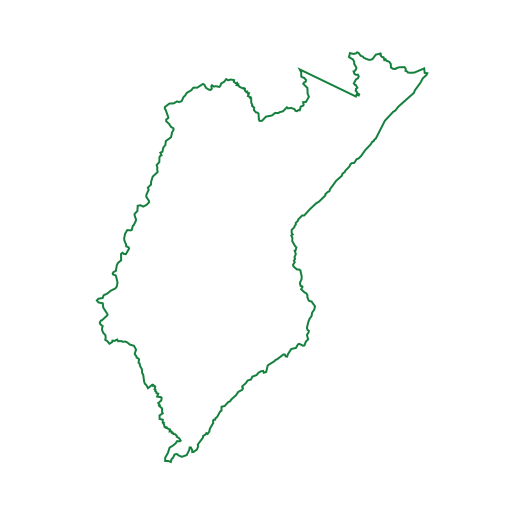 the district of San Roque, Antioquia, Colombia, rotated 275°
{"feature_id": "7082276B69506367450690", "entity_name": "San Roque", "entity_type": "district", "adm_level": 2, "iso_a3": "COL", "parent_name": "Colombia", "parent_adm1": "Antioquia", "projection": "albers", "projection_center": [-74.951, 6.431], "detail": "fine", "context": "isolated", "style": "outline", "palette": "green", "viewbox_px": 512, "rotation_deg": 275, "n_neighbors": 0, "source": "geoboundaries", "source_scale": "gbopen_adm2", "svg_char_len": 6080}
<svg xmlns="http://www.w3.org/2000/svg" viewBox="0 0 512 512"><g transform="rotate(275 256 256)"><path d="M402.0,372.6L411.7,380.2L413.0,382.1L417.2,384.8L432.4,399.2L434.7,399.7L442.7,404.6L447.6,406.7L451.1,410.0L453.0,410.7L453.1,408.1L457.5,407.2L452.5,397.7L452.0,394.1L452.0,391.3L453.1,390.3L453.5,388.8L455.5,388.9L457.1,387.5L456.5,382.3L455.3,379.3L454.5,378.8L454.4,376.1L455.6,374.0L459.1,373.5L461.1,371.8L461.8,369.0L463.3,367.9L462.4,366.8L465.1,365.7L465.3,364.0L466.9,362.5L468.1,362.8L468.6,362.4L467.0,357.8L462.3,354.9L461.4,352.8L461.3,351.1L462.7,346.3L463.9,345.1L464.6,342.9L467.3,340.4L467.7,339.0L466.5,337.8L465.8,335.6L466.3,331.9L462.2,331.3L460.2,335.6L457.8,337.0L456.1,337.0L452.3,339.6L450.7,339.4L448.4,337.8L448.3,337.2L446.0,338.2L445.2,339.9L445.5,341.7L443.9,342.7L442.0,342.1L440.6,340.2L436.4,338.4L435.1,339.7L435.1,340.5L432.4,342.3L431.3,341.1L429.2,340.9L428.5,342.0L427.3,342.5L426.0,344.7L424.9,344.3L425.4,342.1L423.6,341.6L445.7,283.3L443.0,285.0L438.9,285.4L438.1,286.4L437.7,288.4L435.7,290.5L434.0,290.3L432.8,288.5L431.6,288.1L427.9,292.6L422.5,293.2L419.2,294.8L413.9,292.4L413.3,289.5L410.7,290.3L409.8,289.7L408.7,287.5L405.0,286.9L405.1,285.6L403.8,284.2L404.1,282.6L405.6,281.6L406.6,278.2L405.9,275.0L406.8,273.8L402.5,270.3L401.3,266.9L400.3,265.9L400.2,262.6L397.3,259.5L395.7,253.8L391.2,250.2L390.9,247.8L392.1,247.0L398.0,246.1L398.9,245.1L399.1,243.4L401.2,241.2L403.6,241.3L405.3,238.9L406.2,239.2L408.3,237.9L412.8,237.4L413.0,236.4L413.7,236.7L414.6,234.0L417.4,234.8L417.2,233.9L418.1,233.7L418.2,232.6L419.1,232.6L418.9,231.5L419.7,230.6L421.6,230.4L421.6,229.4L422.2,229.3L421.9,228.1L423.2,224.6L424.3,223.9L424.5,222.1L425.6,223.0L425.8,222.1L426.8,222.0L426.3,220.8L427.7,218.7L429.3,218.8L429.6,215.5L428.6,213.0L429.6,210.9L426.9,209.2L424.7,206.2L422.6,205.8L421.2,204.7L421.7,201.2L421.1,199.3L422.3,197.3L421.3,196.7L418.8,197.4L417.4,196.2L417.7,194.3L419.2,191.5L422.3,189.5L422.7,188.0L418.6,182.8L418.2,178.9L415.4,177.0L412.5,172.8L409.6,171.4L408.3,170.1L403.8,168.4L402.6,166.1L403.1,163.8L400.9,160.8L400.3,156.4L396.5,152.3L395.1,152.2L393.4,153.4L386.4,156.6L385.7,156.5L384.2,154.7L382.4,154.8L380.2,157.7L377.2,160.1L376.0,162.6L374.6,162.9L371.8,161.6L366.9,161.0L362.6,156.1L358.9,156.1L355.9,154.2L351.7,153.7L350.6,151.7L348.1,153.1L347.3,151.8L345.9,151.2L341.2,151.5L337.9,149.1L335.4,150.1L333.6,150.0L331.1,150.7L326.1,146.2L320.7,145.0L318.1,145.2L314.6,142.3L312.6,143.3L307.6,141.5L305.4,141.5L301.7,144.5L300.3,144.9L297.3,142.4L295.4,139.3L296.5,136.5L295.7,133.8L290.4,133.9L287.5,131.4L285.9,131.5L281.9,133.3L280.1,133.1L275.9,131.4L275.4,130.7L271.3,130.0L270.6,129.0L270.6,125.5L266.6,123.6L261.7,123.1L259.4,123.8L255.9,125.7L254.4,125.8L253.5,128.4L252.3,128.9L246.5,126.2L246.5,124.2L247.6,122.7L246.3,121.4L239.9,122.0L237.0,119.0L234.4,118.1L229.0,117.7L227.6,115.5L226.2,114.7L225.1,115.2L224.5,117.8L223.5,118.4L217.4,120.4L213.3,119.9L211.4,118.7L208.9,114.5L205.3,110.7L203.7,107.7L200.8,106.9L199.7,102.8L197.9,101.3L196.0,103.1L195.5,107.5L191.3,108.3L185.0,113.2L184.0,113.1L178.6,108.2L178.1,107.0L175.9,106.2L174.5,106.8L172.8,109.4L170.7,108.9L168.7,109.2L166.3,110.4L164.0,112.9L161.3,113.4L159.4,113.1L158.2,115.3L155.8,117.6L157.7,120.2L159.2,120.4L159.1,122.6L160.7,124.9L159.1,126.1L159.5,129.4L158.9,130.7L159.4,133.2L158.6,135.5L156.8,137.9L155.9,142.3L152.1,144.7L148.2,143.7L146.8,144.4L145.8,145.6L144.4,145.9L143.6,147.9L142.7,148.5L139.5,148.3L138.8,149.4L136.3,150.1L133.2,152.2L129.5,152.8L127.9,154.0L121.1,155.5L119.0,156.5L118.1,157.8L114.9,159.9L118.8,164.0L118.6,164.8L117.7,164.9L117.9,165.7L117.1,167.0L114.2,166.6L113.8,167.6L112.4,167.5L111.8,168.7L110.7,168.9L110.3,170.6L107.3,169.8L107.1,173.7L106.2,174.4L103.8,174.2L100.9,171.4L99.0,173.2L98.3,172.5L96.0,175.7L92.2,176.1L91.1,176.8L88.8,173.8L85.2,174.2L84.8,177.4L82.0,177.6L81.8,178.7L81.0,178.3L79.8,179.3L78.5,179.5L77.7,180.3L77.5,182.1L77.1,182.3L76.9,181.7L75.7,185.4L74.5,185.2L74.2,185.8L73.8,185.6L74.0,186.9L73.2,187.1L73.1,187.8L72.4,187.7L72.2,189.0L71.4,189.3L71.5,190.6L70.2,192.6L69.0,192.8L67.9,195.2L65.5,197.0L64.8,196.3L64.6,193.4L62.8,192.6L60.1,190.0L57.5,186.6L52.1,185.4L47.0,183.1L43.9,183.4L44.1,186.7L43.4,189.1L46.4,189.6L47.5,190.8L50.8,192.0L51.6,193.1L51.8,194.5L50.6,196.2L49.5,199.6L51.6,204.3L56.9,206.4L59.5,206.6L59.6,207.8L57.1,209.3L55.1,209.6L55.3,210.7L58.0,214.0L61.3,215.0L63.1,214.4L70.3,218.9L72.1,219.0L73.8,221.2L75.2,222.0L74.5,223.2L77.0,224.8L80.0,225.1L86.0,228.0L87.8,227.6L89.1,228.0L89.4,229.6L90.9,229.8L92.2,231.3L98.1,233.9L98.9,235.1L102.8,234.8L103.9,237.9L108.1,241.1L109.1,243.0L110.9,243.8L115.5,248.2L119.0,250.1L121.5,253.9L123.1,254.6L124.3,253.6L125.1,253.8L128.4,256.9L131.3,258.6L132.5,261.7L135.5,262.9L137.4,266.9L140.0,268.7L141.6,271.0L142.1,273.2L140.4,274.0L141.3,276.2L147.8,277.2L148.6,277.9L152.8,283.5L154.4,284.7L154.8,285.9L160.3,291.9L160.4,293.2L158.6,294.3L158.5,295.8L160.9,296.3L166.5,299.3L167.8,303.7L171.6,305.5L172.3,306.8L170.7,310.6L171.1,312.0L175.0,313.1L177.6,315.2L181.8,313.6L184.4,315.0L186.0,315.2L187.0,313.7L188.9,313.0L195.1,313.9L198.3,314.9L200.8,316.5L204.6,316.9L207.6,318.7L210.9,319.2L215.5,315.3L215.8,313.1L216.4,312.3L219.3,310.8L221.2,310.7L223.2,309.4L224.1,307.3L226.8,303.9L229.3,305.0L229.9,304.5L230.1,303.0L232.9,302.1L237.0,303.4L239.7,303.3L245.6,301.4L246.2,300.6L246.2,297.9L249.0,294.1L250.5,293.7L253.3,295.1L254.7,294.2L256.5,295.2L258.1,294.4L261.4,295.5L264.6,294.1L264.9,294.9L268.1,295.5L269.4,294.0L274.0,290.8L277.0,290.7L279.6,289.4L280.7,290.7L282.2,289.5L285.2,289.3L288.0,291.7L289.4,291.9L290.8,292.9L292.4,292.7L294.5,294.5L296.3,295.0L300.4,298.5L300.6,300.5L307.2,305.5L313.9,311.5L315.4,313.8L322.4,319.8L323.7,319.7L326.3,322.2L326.8,323.4L329.3,324.1L337.9,329.3L343.4,334.5L345.6,335.0L347.4,337.1L349.0,337.7L353.0,341.1L355.6,342.1L356.8,343.2L357.4,345.8L361.1,347.7L362.3,349.9L364.8,352.0L370.9,355.5L377.1,360.5L380.1,361.9L380.6,363.2L382.2,363.8L383.6,365.2L402.0,372.6Z" fill="none" stroke="#15803d" stroke-width="2"/></g></svg>